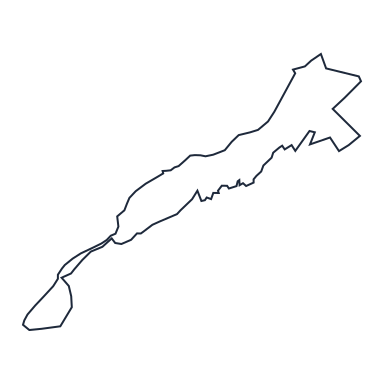 outline of Bektemir, Tashkent, Uzbekistan
{"feature_id": "79887680B40109116454398", "entity_name": "Bektemir", "entity_type": "district", "adm_level": 2, "iso_a3": "UZB", "parent_name": "Uzbekistan", "parent_adm1": "Tashkent", "projection": "natural_earth1", "projection_center": [69.289, 41.186], "detail": "fine", "context": "isolated", "style": "outline", "palette": "slate", "viewbox_px": 384, "rotation_deg": 0, "n_neighbors": 0, "source": "geoboundaries", "source_scale": "gbopen_adm2", "svg_char_len": 1497}
<svg xmlns="http://www.w3.org/2000/svg" viewBox="0 0 384 384"><path d="M117.2,216.4L118.4,226.6L115.5,233.7L110.8,235.7L106.7,240.0L101.4,243.5L93.9,247.2L86.1,250.9L80.8,253.4L72.7,258.6L64.8,265.0L62.0,268.5L57.9,274.7L57.9,278.8L53.2,286.2L43.8,296.4L35.3,305.4L27.5,314.5L24.3,320.4L23.0,324.8L29.3,330.0L41.6,328.8L60.3,326.3L71.8,307.2L71.2,296.2L68.8,286.0L61.6,277.7L71.0,273.5L74.2,269.4L82.3,260.0L90.8,251.6L102.4,246.8L111.7,238.4L115.2,243.0L121.4,244.0L131.1,239.8L137.0,233.4L140.8,233.5L142.9,232.0L152.4,224.8L159.9,221.4L177.0,214.1L180.5,210.3L192.1,199.2L197.4,190.7L201.4,201.0L204.9,200.2L206.7,197.5L211.1,199.1L213.3,192.9L218.7,193.0L218.0,190.7L221.8,185.7L227.1,185.8L228.9,188.5L236.5,186.1L237.7,181.3L239.3,180.1L239.6,185.2L243.0,183.2L246.1,186.0L253.6,182.6L253.6,179.3L256.5,175.8L261.2,171.5L263.4,165.5L271.6,157.7L273.2,152.7L279.4,147.5L282.2,145.7L284.7,149.4L291.6,145.1L295.3,150.9L309.5,131.0L314.8,132.3L310.0,144.4L330.0,137.5L339.0,151.1L348.7,145.1L359.9,135.9L332.7,108.9L344.6,97.8L361.0,81.3L358.8,76.4L326.1,68.4L320.9,54.0L311.2,60.6L304.9,66.4L293.0,69.6L295.2,73.3L274.3,111.8L268.0,121.5L258.0,129.9L249.9,132.4L238.7,135.1L231.7,141.8L224.8,150.2L218.9,152.5L213.2,154.7L205.5,156.3L200.5,155.3L194.9,155.1L190.2,155.6L185.5,160.0L178.6,166.1L174.5,167.4L170.7,170.3L166.1,170.8L162.6,171.0L163.2,173.4L157.9,176.6L145.7,183.7L135.7,191.2L129.4,197.9L126.9,203.8L124.4,210.3L117.2,216.4Z" fill="none" stroke="#1e293b" stroke-width="2"/></svg>